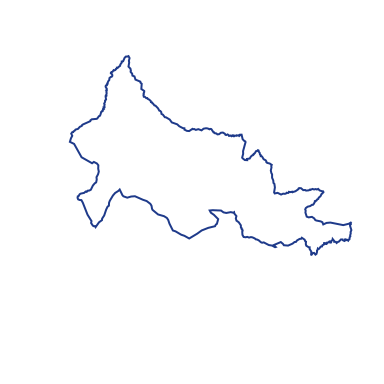 Senga Hill, Northern, Zambia (Robinson projection), rotated 226°
{"feature_id": "96606910B60229531220552", "entity_name": "Senga Hill", "entity_type": "district", "adm_level": 2, "iso_a3": "ZMB", "parent_name": "Zambia", "parent_adm1": "Northern", "projection": "robinson", "projection_center": [31.64, -9.277], "detail": "fine", "context": "isolated", "style": "outline", "palette": "blue", "viewbox_px": 384, "rotation_deg": 226, "n_neighbors": 0, "source": "geoboundaries", "source_scale": "gbopen_adm2", "svg_char_len": 6037}
<svg xmlns="http://www.w3.org/2000/svg" viewBox="0 0 384 384"><g transform="rotate(226 192 192)"><path d="M100.6,286.5L101.6,286.7L101.9,286.2L104.5,284.9L106.6,284.9L107.0,283.6L108.2,283.0L109.0,281.6L110.5,280.8L110.7,280.2L111.3,278.6L111.8,278.6L112.1,277.1L113.8,275.0L114.8,274.8L116.1,273.3L118.9,273.1L120.4,271.8L120.5,271.0L120.1,270.5L120.7,266.9L121.8,264.7L122.3,264.5L122.2,264.0L123.0,263.7L123.4,262.9L124.7,261.9L124.4,261.6L124.5,260.5L125.7,259.6L125.5,259.0L126.1,257.6L127.5,256.4L128.3,254.3L131.9,253.0L133.5,250.5L134.7,250.8L137.7,254.8L140.6,256.9L141.9,256.9L143.9,258.5L146.6,259.5L149.1,261.9L150.4,262.2L152.7,263.6L154.6,266.4L155.7,267.1L156.1,268.2L158.5,267.7L160.7,266.3L161.8,266.2L162.2,266.7L163.7,267.0L165.8,266.3L168.7,267.0L169.6,266.9L170.0,266.4L170.7,267.1L171.7,266.9L173.2,267.9L175.2,268.1L175.6,268.7L176.3,268.5L176.3,267.4L176.9,266.4L176.3,264.3L176.5,263.1L176.2,263.0L176.1,261.7L176.4,261.6L176.6,259.1L176.0,256.7L177.6,254.5L176.6,253.8L178.3,252.2L181.2,251.8L181.9,252.0L183.9,255.3L185.9,257.1L190.7,265.2L191.4,265.5L192.3,265.1L194.8,265.1L198.8,267.5L199.8,266.4L199.4,265.9L199.5,265.0L200.3,265.2L200.6,264.3L201.7,263.6L201.6,263.0L202.6,262.2L202.7,261.6L203.4,261.4L203.2,261.0L204.0,260.7L203.7,260.4L204.9,259.7L204.8,259.2L205.8,259.0L206.1,258.2L206.7,257.6L207.2,257.9L208.7,257.6L209.2,256.2L209.9,255.8L211.1,256.1L213.3,255.5L214.5,254.0L214.8,251.6L215.8,250.3L217.2,250.2L218.3,249.3L219.7,249.3L219.9,248.9L223.8,249.6L224.8,248.9L225.0,248.1L226.7,247.5L228.1,246.4L229.5,244.3L229.7,241.7L232.8,240.2L234.0,237.9L235.8,237.3L236.5,236.3L237.1,236.2L237.8,232.3L239.5,230.8L242.1,229.9L243.1,230.8L244.3,229.8L248.2,228.5L250.9,228.4L256.1,225.8L259.6,226.3L263.7,225.2L264.7,224.4L267.7,224.8L269.4,224.3L270.9,225.4L272.3,225.5L273.3,225.0L275.8,225.7L279.5,225.7L280.4,225.1L282.7,225.4L283.3,225.1L284.1,225.5L285.2,224.9L286.0,225.5L288.1,225.4L289.6,224.9L290.6,225.1L291.2,224.3L293.3,224.2L294.0,223.5L295.5,224.4L295.9,225.4L296.5,225.6L297.2,227.2L297.9,227.8L301.3,227.1L304.8,231.0L306.5,230.9L307.3,231.5L312.1,229.4L315.1,230.9L317.1,230.0L318.8,231.2L320.8,231.2L321.5,231.7L321.6,232.2L323.5,233.4L326.3,233.4L328.8,236.8L330.2,237.7L331.7,240.1L333.9,240.7L334.5,239.3L335.3,238.7L335.4,236.9L333.9,233.3L334.7,232.1L333.9,231.4L333.5,229.0L332.7,227.9L333.0,226.1L332.8,225.4L333.6,224.4L333.1,224.0L333.4,222.7L333.1,222.4L333.1,221.4L333.4,220.6L334.1,220.3L333.7,218.2L334.2,217.5L334.2,216.6L333.8,216.1L332.1,216.3L330.9,215.4L330.7,214.3L331.2,213.4L331.3,211.8L330.0,210.2L329.9,208.9L328.9,206.4L328.5,206.5L328.3,206.1L328.5,205.5L327.9,204.9L328.4,204.0L328.1,203.3L327.1,202.7L325.6,202.5L324.6,201.6L324.7,201.0L324.1,201.0L323.5,199.9L322.5,199.4L321.5,198.0L321.4,197.2L320.6,197.2L320.6,196.1L318.2,194.4L318.2,193.0L317.3,192.2L316.5,190.1L315.6,189.9L315.0,188.9L313.7,188.0L313.7,187.3L314.1,187.1L313.4,186.5L313.7,186.0L313.1,185.0L312.8,185.3L312.7,183.7L312.3,183.6L312.7,182.4L311.1,179.6L310.8,178.5L311.2,177.7L310.7,175.0L310.8,174.3L313.9,170.4L314.1,168.7L313.6,168.0L316.3,160.6L316.5,159.4L316.1,158.6L316.8,156.6L316.6,153.8L317.8,151.6L317.6,150.3L317.9,148.9L317.6,148.2L318.2,147.5L317.9,145.7L315.6,144.9L314.7,142.2L312.9,139.0L308.5,140.6L293.7,136.7L282.1,140.1L281.8,142.3L278.6,143.4L276.3,143.2L273.9,140.7L271.4,139.1L270.0,136.7L269.0,133.6L267.1,132.1L265.5,129.7L265.8,128.1L265.5,125.2L263.9,120.8L264.4,119.1L265.3,118.1L265.2,117.1L265.5,117.0L265.5,116.1L266.2,115.8L266.3,113.8L268.2,110.7L268.4,109.6L267.8,107.4L268.2,106.8L267.3,105.6L265.8,105.0L264.3,105.6L263.0,106.8L260.1,106.0L248.3,101.1L240.9,99.5L239.8,97.9L236.7,97.3L235.6,97.6L234.9,98.5L233.7,98.2L234.8,104.1L234.3,107.7L235.3,108.9L236.1,112.5L239.0,118.1L240.1,121.1L239.9,122.7L241.9,124.9L242.8,126.8L244.4,132.7L244.7,136.0L243.9,140.0L244.0,141.7L237.9,139.7L236.5,139.7L232.9,141.5L231.0,145.1L228.6,148.0L220.5,151.3L217.0,153.1L212.5,153.8L211.4,153.6L210.2,153.3L207.7,151.6L206.5,151.2L199.4,152.0L194.0,155.1L190.8,155.9L188.5,155.5L184.9,153.8L177.6,151.5L175.2,152.8L168.7,154.6L165.8,156.1L160.5,157.7L158.4,166.8L157.6,172.3L154.9,178.8L151.4,184.8L152.0,186.5L151.8,187.8L154.3,192.0L160.4,191.9L164.0,191.2L166.4,191.9L164.6,194.2L158.5,200.0L155.5,200.5L153.1,202.1L150.6,205.9L148.3,207.4L148.2,208.2L147.1,207.5L143.8,207.2L142.6,205.2L140.5,204.1L137.8,204.6L134.1,204.0L132.6,202.6L131.6,202.6L131.3,202.1L130.2,201.8L130.0,202.1L128.9,201.5L128.6,200.6L126.1,198.5L123.8,197.9L122.1,199.2L121.4,200.5L119.6,201.4L118.6,203.1L117.3,204.0L115.0,204.9L113.6,205.0L113.0,205.6L111.0,206.4L107.9,206.7L106.8,207.2L105.9,208.6L100.5,210.4L97.8,212.4L94.6,213.4L94.3,214.0L97.1,213.8L94.3,221.1L91.5,221.4L89.9,221.1L86.7,223.9L85.0,228.5L84.8,231.0L83.9,232.1L84.2,233.9L83.5,236.8L82.5,238.1L82.8,239.2L79.5,239.9L77.8,239.2L77.1,239.5L75.5,237.7L74.0,236.9L71.0,237.6L70.5,238.2L69.2,237.0L66.2,236.4L64.2,234.2L63.8,234.4L64.1,236.5L63.4,237.5L61.2,237.3L61.0,238.5L62.1,240.4L63.1,241.3L63.1,242.0L63.8,243.1L63.3,243.1L62.9,243.9L63.3,246.7L62.5,247.7L63.1,248.8L62.6,250.5L63.5,251.5L62.9,252.2L61.9,252.0L61.3,252.5L61.7,253.6L61.3,253.7L61.5,254.3L61.0,255.1L61.0,256.5L60.1,256.8L59.5,256.4L59.1,257.0L60.1,258.4L59.7,259.6L60.4,260.5L58.0,260.3L57.4,259.7L56.1,260.9L54.9,260.6L54.7,262.4L54.3,263.1L54.4,266.2L53.3,267.3L52.6,267.0L50.9,267.6L50.7,268.5L51.6,269.1L51.2,269.7L50.3,269.4L49.8,270.2L48.7,270.5L49.2,271.1L48.6,271.8L48.6,272.4L49.9,274.0L50.1,275.1L50.9,275.6L52.1,277.6L53.0,278.2L53.9,280.2L57.9,282.2L58.4,282.7L58.4,283.8L59.5,284.7L59.5,285.8L60.2,282.8L63.1,277.8L73.9,270.3L76.3,267.3L77.5,263.9L79.7,264.8L81.4,264.2L85.3,261.5L86.6,261.2L88.0,261.6L90.8,261.0L92.7,258.3L94.6,257.4L98.4,259.3L99.6,260.8L100.8,261.3L101.4,262.7L101.1,265.0L99.8,267.2L99.4,269.5L98.8,270.0L98.9,271.7L99.6,273.2L99.5,274.1L100.0,274.3L99.4,275.7L99.7,276.9L99.3,278.0L99.9,279.2L99.7,281.4L100.6,283.9L100.4,284.7L100.6,286.5Z" fill="none" stroke="#1e3a8a" stroke-width="2"/></g></svg>